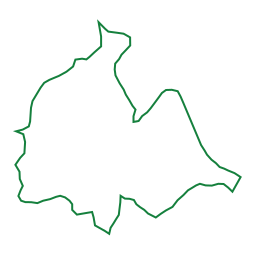 Bonfinópolis, Goiás, Brazil
{"feature_id": "56859067B14300569311798", "entity_name": "Bonfinópolis", "entity_type": "district", "adm_level": 2, "iso_a3": "BRA", "parent_name": "Brazil", "parent_adm1": "Goiás", "projection": "mercator", "projection_center": [-49.007, -16.591], "detail": "fine", "context": "isolated", "style": "outline", "palette": "green", "viewbox_px": 256, "rotation_deg": 0, "n_neighbors": 0, "source": "geoboundaries", "source_scale": "gbopen_adm2", "svg_char_len": 1540}
<svg xmlns="http://www.w3.org/2000/svg" viewBox="0 0 256 256"><path d="M130.1,37.4L123.6,33.7L117.4,32.8L108.3,31.6L105.0,28.7L98.6,22.2L101.1,36.5L101.1,46.4L94.4,52.3L89.6,56.8L86.4,59.4L82.1,58.7L75.4,59.6L73.1,66.5L66.5,71.7L58.9,75.9L55.0,77.5L49.3,79.9L44.2,82.8L40.7,87.5L38.4,91.3L36.0,95.3L32.5,101.1L31.0,107.8L30.1,121.5L28.8,126.4L22.7,129.6L16.1,131.3L23.3,134.2L25.1,142.0L24.4,153.3L20.2,157.8L15.4,164.8L19.5,171.7L19.8,179.0L22.8,185.9L20.6,190.3L18.4,196.0L21.1,200.7L25.3,202.1L31.2,202.2L37.4,203.1L43.2,200.7L50.2,199.1L56.2,196.8L60.2,195.8L65.1,197.4L69.5,200.7L72.2,204.2L72.2,209.9L76.9,214.6L86.2,213.0L92.1,212.0L93.6,217.4L95.0,225.4L104.8,230.9L109.2,233.8L110.6,227.8L113.5,223.4L115.8,219.6L118.8,214.9L119.4,209.7L120.3,202.4L120.6,195.8L124.9,198.6L129.5,198.8L133.9,200.0L136.4,204.3L140.0,207.1L144.3,209.9L148.0,213.5L155.8,217.5L160.8,213.8L166.0,210.4L172.5,206.9L177.6,200.2L183.5,195.0L188.0,190.3L192.0,187.9L196.1,185.4L199.9,183.8L205.6,185.4L211.9,185.6L218.3,183.8L223.6,184.0L228.2,187.6L232.4,191.7L240.6,177.1L234.5,173.1L228.1,170.5L224.1,168.6L219.6,167.0L216.0,163.2L211.5,159.7L207.0,154.7L204.7,150.7L201.1,145.1L183.2,102.6L180.6,96.6L177.7,91.2L171.8,89.8L166.0,90.0L161.9,93.0L159.4,96.5L155.4,101.9L150.7,108.2L147.1,112.4L142.2,116.0L138.6,121.0L133.5,121.9L133.5,116.2L135.5,109.6L132.5,105.8L129.2,100.0L125.8,94.6L123.7,89.6L119.7,83.4L115.5,75.4L114.7,69.5L115.2,63.6L119.1,59.1L121.5,54.7L125.8,50.2L130.2,45.5L130.1,37.4Z" fill="none" stroke="#15803d" stroke-width="2"/></svg>